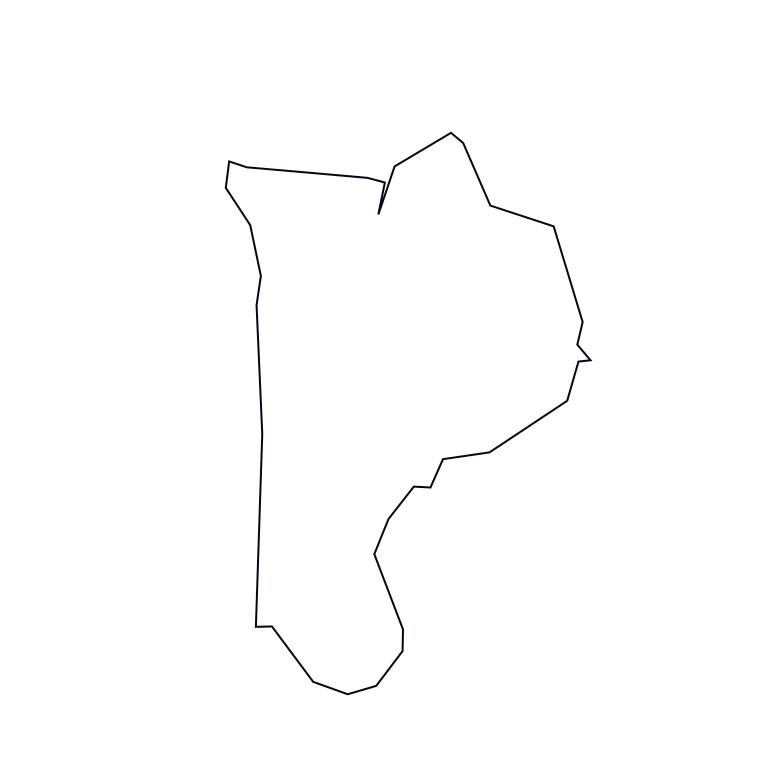 McLean, Kentucky, United States of America, rotated 244°
{"feature_id": "52423323B25082659820780", "entity_name": "McLean", "entity_type": "district", "adm_level": 2, "iso_a3": "USA", "parent_name": "United States of America", "parent_adm1": "Kentucky", "projection": "mercator", "projection_center": [-87.273, 37.532], "detail": "fine", "context": "isolated", "style": "outline", "palette": "ink", "viewbox_px": 768, "rotation_deg": 244, "n_neighbors": 0, "source": "geoboundaries", "source_scale": "gbopen_adm2", "svg_char_len": 574}
<svg xmlns="http://www.w3.org/2000/svg" viewBox="0 0 768 768"><g transform="rotate(244 384 384)"><path d="M260.7,328.9L278.7,365.8L270.6,380.4L290.6,404.1L276.3,448.9L288.6,541.3L318.9,568.6L314.8,580.0L334.6,575.0L352.6,589.7L451.3,605.6L497.7,557.8L565.9,560.8L580.4,554.3L574.9,488.9L538.8,453.2L564.7,473.1L576.6,459.4L638.9,355.7L651.9,342.4L629.7,327.8L585.4,333.4L535.1,320.7L510.7,304.0L392.5,252.7L221.9,162.4L215.2,177.0L147.3,189.8L121.1,215.3L116.1,244.7L135.8,283.6L155.1,293.5L235.3,300.7L260.7,328.9Z" fill="none" stroke="#020617" stroke-width="2"/></g></svg>